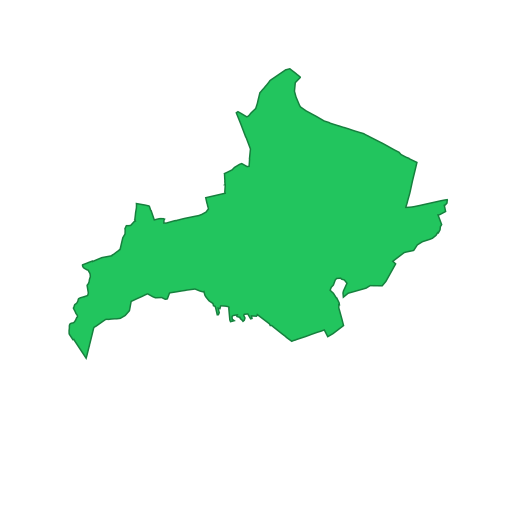 Varakļānu pag., Varaklanu, Latvia, rotated 212°
{"feature_id": "27541924B80476747550323", "entity_name": "Varakļānu pag.", "entity_type": "district", "adm_level": 2, "iso_a3": "LVA", "parent_name": "Latvia", "parent_adm1": "Varaklanu", "projection": "albers", "projection_center": [26.71, 56.607], "detail": "fine", "context": "isolated", "style": "filled", "palette": "green", "viewbox_px": 512, "rotation_deg": 212, "n_neighbors": 0, "source": "geoboundaries", "source_scale": "gbopen_adm2", "svg_char_len": 5972}
<svg xmlns="http://www.w3.org/2000/svg" viewBox="0 0 512 512"><g transform="rotate(212 256 256)"><path d="M142.9,291.7L133.2,297.6L132.4,303.2L133.4,323.3L137.2,324.0L132.2,337.3L131.0,338.7L125.4,344.1L125.2,344.6L125.1,350.9L122.8,355.6L122.3,356.5L117.4,362.3L115.8,364.5L114.3,368.8L114.3,372.2L113.6,372.2L113.8,375.7L115.2,378.6L115.2,381.0L123.4,387.3L122.2,388.3L118.8,394.2L123.2,398.8L122.5,399.6L122.1,402.1L123.1,404.0L123.3,404.7L123.7,405.1L125.6,403.5L127.0,402.2L128.5,400.8L141.2,388.3L142.0,387.5L143.4,386.1L148.1,381.6L149.7,380.2L151.5,378.8L153.2,377.6L154.7,376.6L155.2,378.1L155.4,379.0L155.8,380.5L156.3,382.2L156.4,382.3L157.9,387.5L158.7,390.2L159.6,392.9L163.1,402.6L166.3,412.3L169.1,420.6L177.4,419.7L178.1,419.9L181.0,419.3L186.8,418.9L189.9,419.8L190.2,419.7L194.8,419.3L200.7,419.0L206.8,418.7L214.9,418.0L220.6,417.5L228.5,416.8L229.1,416.9L238.3,414.4L242.4,413.4L244.7,412.9L249.3,411.7L249.7,411.5L260.8,408.6L263.6,407.9L264.8,407.9L269.8,406.6L277.7,406.4L279.7,406.3L284.0,406.0L286.0,405.9L290.5,405.6L297.4,406.0L299.2,407.0L304.3,410.6L306.3,412.0L310.5,415.9L310.7,416.1L314.5,423.7L314.5,423.8L314.5,424.1L313.1,430.7L313.1,430.9L313.4,431.2L315.0,431.4L316.0,431.6L316.5,431.5L318.7,431.9L321.4,432.2L323.0,432.3L325.8,432.6L326.5,432.7L329.1,430.0L329.5,429.6L332.7,422.3L335.9,415.0L335.9,414.9L336.2,414.4L336.7,413.2L337.1,412.1L337.2,410.0L337.6,406.5L337.9,405.0L338.3,401.4L338.5,401.1L338.9,398.1L339.2,396.4L339.1,396.2L337.7,392.0L337.0,389.8L335.7,386.1L334.4,380.9L336.0,374.7L336.2,373.3L336.2,372.4L336.7,370.3L337.7,369.1L343.8,369.0L347.8,368.8L348.6,367.0L338.6,359.7L328.2,351.8L328.1,351.7L326.8,351.0L317.4,343.8L313.0,334.9L312.8,334.8L309.4,328.5L309.4,328.4L310.9,327.1L317.1,326.8L318.5,325.0L321.2,319.7L321.9,316.4L324.9,311.5L325.5,310.6L326.4,309.2L326.2,309.1L325.6,308.0L325.1,307.4L323.7,305.3L323.6,305.2L323.2,304.6L322.6,303.9L321.8,302.5L320.0,300.1L320.1,299.9L319.8,300.0L319.3,299.2L316.4,293.8L316.1,293.5L315.4,292.9L321.7,286.6L329.5,278.8L325.6,274.8L324.9,274.3L323.3,272.6L323.0,272.5L321.2,270.6L321.5,269.1L321.6,266.9L322.3,265.6L323.6,263.3L323.8,262.8L324.1,262.4L326.0,259.9L328.5,257.6L336.6,249.9L339.4,247.0L340.3,246.0L341.9,244.4L342.5,243.5L342.9,243.5L343.8,242.7L349.6,236.3L351.6,235.1L352.9,237.3L353.1,238.0L353.1,238.8L353.5,238.7L354.3,238.6L357.4,236.7L358.5,235.7L361.4,232.7L369.0,238.9L369.6,239.0L372.6,241.5L373.1,241.7L373.6,241.6L377.1,240.4L385.2,237.1L384.4,236.0L382.9,233.4L381.0,228.8L380.0,226.8L378.4,223.4L377.7,222.4L377.8,222.3L376.8,221.7L377.5,220.8L378.5,215.5L380.0,214.3L382.0,213.0L381.6,209.7L380.8,208.8L380.5,208.3L378.9,205.6L378.7,204.8L378.7,203.3L378.6,200.8L374.7,189.4L375.2,189.0L375.2,188.2L375.7,187.0L376.2,185.8L377.2,183.1L377.7,181.8L378.5,180.6L378.4,179.8L385.9,172.9L388.6,169.1L391.7,164.7L392.1,165.0L394.8,161.5L395.1,161.0L398.4,156.6L398.1,156.0L397.9,155.8L397.6,155.5L397.1,155.2L396.2,154.7L395.9,154.7L395.2,154.6L392.3,154.7L391.9,154.7L391.5,154.9L391.1,155.0L390.8,155.0L389.6,154.3L387.9,153.4L387.6,153.2L386.6,152.2L385.8,151.0L385.4,150.5L385.3,150.1L385.3,149.7L385.0,148.6L384.9,148.2L384.6,147.3L384.0,146.1L383.7,144.9L383.5,143.5L383.7,142.0L383.6,141.5L378.7,135.9L378.5,135.5L378.0,133.9L377.9,133.5L378.0,133.2L378.2,132.8L378.5,132.4L379.2,131.6L379.7,131.1L379.8,130.8L379.9,130.5L380.4,130.2L380.7,129.8L382.8,127.5L383.7,126.0L383.8,125.5L383.7,124.9L383.4,124.2L383.2,123.4L383.0,121.6L383.2,120.6L383.3,120.2L383.7,119.4L383.9,118.8L383.9,118.5L383.8,117.8L383.5,117.0L383.3,115.9L383.3,115.2L383.2,115.0L381.9,114.2L380.0,113.1L378.3,111.9L377.9,111.7L377.0,111.4L376.4,111.1L375.7,110.6L375.2,109.8L375.1,109.5L375.2,109.2L375.4,108.7L375.0,106.2L375.0,104.8L375.1,103.5L375.3,102.9L375.6,102.5L376.0,102.0L376.5,101.6L377.0,101.1L377.4,100.5L377.6,100.2L377.7,99.4L377.6,98.8L377.2,97.7L376.7,97.0L375.9,95.6L375.0,93.7L373.7,91.7L373.2,91.0L372.6,90.6L366.9,88.0L366.3,88.7L366.2,88.6L356.6,84.2L345.9,79.3L346.7,82.0L349.2,89.7L349.9,92.0L350.3,92.9L350.5,93.7L353.5,102.9L355.5,108.9L355.5,109.1L355.5,109.8L355.0,110.9L354.7,111.2L350.8,120.5L350.1,122.1L349.8,122.6L349.1,123.2L347.3,124.2L345.9,125.4L342.8,127.7L340.9,128.9L338.8,130.6L338.3,131.0L338.0,131.3L336.6,134.0L336.1,134.9L335.4,136.3L334.4,142.2L334.4,142.6L335.6,145.7L337.7,151.0L337.7,151.5L334.3,156.8L331.1,161.5L329.9,163.5L328.2,166.1L327.8,166.5L327.4,166.5L321.8,166.8L320.6,167.0L319.1,167.3L314.0,170.8L310.2,171.2L309.9,171.3L308.7,172.4L308.5,172.7L309.7,178.6L309.6,178.8L309.3,179.3L304.1,183.8L300.4,187.1L297.9,189.2L296.8,190.3L290.2,195.7L285.0,196.6L282.6,197.3L281.4,197.8L281.3,198.2L278.7,195.8L277.9,195.3L276.7,194.7L272.1,193.1L267.3,192.9L265.7,191.3L264.2,191.6L263.9,191.6L262.5,190.4L261.0,188.9L260.1,188.0L257.7,185.6L256.8,186.3L257.1,188.2L257.1,188.4L260.4,191.7L258.7,192.2L259.5,194.9L259.3,195.2L255.4,197.3L252.8,198.3L252.6,198.3L251.8,198.2L251.7,198.2L251.4,197.4L251.1,196.9L247.1,191.6L244.3,187.9L242.8,186.8L240.2,189.6L242.6,189.8L244.1,191.7L244.2,192.5L243.8,193.4L242.4,194.7L240.8,196.0L240.8,195.4L240.1,194.6L238.2,195.1L237.1,195.5L236.2,194.6L233.8,194.2L232.4,193.7L231.9,195.3L232.5,197.6L234.9,199.1L235.1,200.3L232.3,202.5L227.2,199.9L226.3,200.9L228.1,202.8L223.7,205.2L223.6,206.0L223.6,206.5L223.8,207.0L208.7,205.6L207.1,204.6L205.9,205.3L204.3,205.2L204.1,205.1L192.7,203.8L188.2,203.4L187.3,203.1L180.5,202.6L179.4,204.2L177.9,205.8L177.5,206.5L171.4,213.8L169.0,216.9L167.5,218.9L163.5,223.9L161.2,226.5L158.9,229.5L152.4,225.6L149.6,230.9L144.9,243.4L149.6,247.9L157.0,254.7L158.3,255.8L159.2,257.4L160.0,258.5L159.4,258.8L160.7,260.3L165.3,263.2L165.7,263.0L170.6,265.4L175.0,266.2L175.6,269.3L175.0,272.4L176.1,277.7L175.7,279.7L172.4,282.1L171.3,281.7L168.4,282.5L164.4,281.1L163.3,272.7L162.6,270.7L160.1,267.4L158.1,273.3L156.0,275.6L145.6,287.1L143.5,291.4L143.4,291.4L142.9,291.7Z" fill="#22c55e" stroke="#15803d" stroke-width="1.5"/></g></svg>